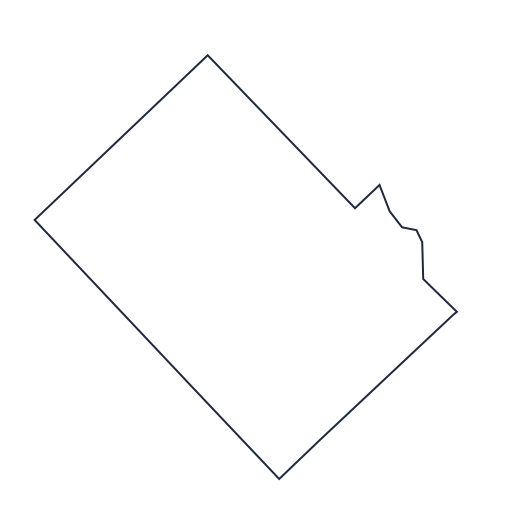 outline of Putnam, Indiana, United States of America, rotated 316°
{"feature_id": "52423323B73870752554763", "entity_name": "Putnam", "entity_type": "district", "adm_level": 2, "iso_a3": "USA", "parent_name": "United States of America", "parent_adm1": "Indiana", "projection": "robinson", "projection_center": [-86.774, 39.668], "detail": "fine", "context": "isolated", "style": "outline", "palette": "slate", "viewbox_px": 512, "rotation_deg": 316, "n_neighbors": 0, "source": "geoboundaries", "source_scale": "gbopen_adm2", "svg_char_len": 355}
<svg xmlns="http://www.w3.org/2000/svg" viewBox="0 0 512 512"><g transform="rotate(316 256 256)"><path d="M119.0,313.6L117.8,432.5L173.1,432.7L357.3,435.3L361.7,435.7L360.3,388.7L385.2,361.5L389.4,348.9L381.0,336.8L383.2,316.7L394.2,290.7L360.4,290.4L360.7,78.0L354.6,78.0L121.8,76.3L119.0,313.6Z" fill="none" stroke="#1e293b" stroke-width="2"/></g></svg>